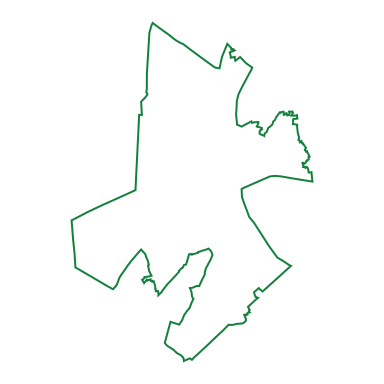 outline of Gwale, Kano, Nigeria
{"feature_id": "59680162B24203265637376", "entity_name": "Gwale", "entity_type": "district", "adm_level": 2, "iso_a3": "NGA", "parent_name": "Nigeria", "parent_adm1": "Kano", "projection": "robinson", "projection_center": [8.494, 11.979], "detail": "fine", "context": "isolated", "style": "outline", "palette": "green", "viewbox_px": 384, "rotation_deg": 0, "n_neighbors": 0, "source": "geoboundaries", "source_scale": "gbopen_adm2", "svg_char_len": 5933}
<svg xmlns="http://www.w3.org/2000/svg" viewBox="0 0 384 384"><path d="M283.6,111.8L282.4,111.8L280.9,112.2L280.2,113.0L279.7,112.5L278.7,113.7L277.6,115.3L276.0,117.5L275.2,119.6L274.9,120.1L273.2,121.5L272.7,123.5L272.3,124.3L271.8,125.0L269.6,127.0L268.5,127.6L268.3,128.1L268.0,128.5L267.9,128.9L266.7,132.0L265.5,132.9L264.7,133.4L264.4,135.0L264.2,135.9L263.8,135.6L262.9,135.3L261.6,134.8L260.5,134.2L259.6,133.7L259.7,131.0L260.4,130.8L260.5,130.0L262.0,129.2L261.7,127.8L260.6,127.6L258.8,127.0L257.3,126.8L256.8,126.5L257.8,124.5L258.4,122.5L258.4,122.1L257.4,122.1L254.9,122.2L253.1,122.6L252.1,122.9L251.4,121.4L250.1,122.0L248.8,122.9L245.7,124.3L241.7,126.6L237.1,124.7L236.1,114.7L236.6,107.0L236.8,101.1L238.5,94.2L241.4,88.3L248.1,75.7L248.8,74.2L250.1,72.0L251.6,69.6L251.7,68.3L252.2,67.5L250.3,66.2L246.3,63.4L242.0,59.0L240.7,57.6L240.1,57.0L235.4,60.8L234.8,58.8L234.7,56.9L230.7,57.7L230.7,55.8L229.7,52.4L234.7,50.4L233.1,49.0L231.2,49.4L231.1,47.7L229.4,46.1L227.3,43.9L222.0,56.8L219.5,68.3L215.1,67.6L205.7,60.9L188.3,48.0L187.0,46.9L184.7,45.3L183.3,44.1L180.4,42.9L177.0,41.0L173.1,38.3L172.3,37.5L171.4,36.7L171.1,36.5L170.5,36.2L169.6,35.3L158.0,27.0L152.7,23.0L151.4,25.6L149.4,32.8L146.9,73.3L146.8,89.3L146.7,89.5L146.3,92.3L146.6,92.9L147.2,93.4L147.3,94.9L145.8,96.8L143.7,99.1L141.1,101.8L141.9,114.9L139.2,114.8L139.1,116.3L135.7,185.3L135.5,190.1L123.9,195.4L111.5,201.0L109.5,201.9L101.9,205.3L91.1,210.4L87.5,212.1L71.6,220.4L73.1,239.4L74.5,253.2L75.1,261.8L75.4,267.4L87.1,274.2L107.7,286.3L113.0,289.2L114.4,287.7L115.6,286.4L117.0,284.3L119.3,278.0L120.9,275.3L126.4,267.6L127.9,265.2L129.3,263.5L132.5,259.4L133.8,257.9L134.9,256.7L136.2,255.1L140.4,250.3L141.1,249.5L142.2,250.7L143.3,252.0L144.1,252.8L144.9,253.6L145.5,254.7L145.9,256.1L146.6,258.1L147.4,259.6L147.9,261.2L148.4,263.0L148.9,264.8L148.0,265.6L148.4,266.9L149.1,270.9L149.9,272.6L151.5,275.7L149.1,276.4L144.4,277.1L144.5,278.1L142.1,279.8L144.1,283.1L146.8,279.7L147.2,280.6L150.5,279.3L150.7,280.8L152.3,280.8L152.2,281.4L152.6,281.4L152.7,281.7L153.8,281.4L154.4,283.5L154.9,285.2L155.2,285.9L155.2,286.7L155.2,287.3L155.3,289.1L155.6,289.1L155.8,291.3L158.0,291.0L158.2,292.5L158.4,293.2L158.4,294.0L158.4,294.6L158.4,295.2L159.7,293.9L162.1,291.5L162.2,290.9L162.7,290.3L167.6,283.9L168.8,282.8L175.3,275.9L179.1,271.6L178.9,270.9L179.9,270.0L181.7,268.0L182.5,267.9L184.1,264.9L186.1,264.5L189.1,254.2L190.0,254.1L190.9,254.4L191.8,253.9L192.1,254.6L193.5,254.1L198.1,252.7L198.0,252.1L200.6,251.3L203.1,250.4L205.9,249.7L208.4,248.6L210.5,250.4L211.3,251.8L212.5,254.9L211.0,258.7L210.1,260.6L208.6,263.2L207.6,265.3L205.9,268.4L204.8,272.1L204.8,273.7L204.4,275.2L202.3,279.2L199.2,286.0L196.4,286.0L193.5,287.4L191.8,287.9L189.9,288.1L191.1,291.0L191.6,292.5L191.5,292.9L191.8,294.2L191.8,295.2L192.7,298.2L193.5,298.9L193.2,299.4L191.3,303.3L190.9,304.6L190.6,305.4L190.2,306.1L189.9,307.3L189.2,308.5L188.4,309.3L187.6,310.3L186.5,311.7L185.2,313.6L184.4,314.7L183.5,316.7L182.1,320.2L179.2,324.6L170.5,321.8L169.2,326.6L164.8,342.8L166.2,344.8L167.7,346.1L173.3,349.6L176.8,353.0L179.9,354.7L181.0,355.4L183.1,357.4L183.6,358.8L183.9,361.0L189.8,358.3L191.9,359.8L194.2,357.3L199.2,352.8L204.4,348.0L209.0,343.7L212.2,340.6L216.1,336.9L223.5,330.0L228.6,324.7L229.5,324.9L230.9,324.9L231.9,324.9L233.3,324.8L234.5,324.4L235.8,324.2L237.0,323.8L238.5,323.8L239.6,323.7L240.8,323.6L241.9,323.4L243.0,323.3L243.9,322.6L244.5,322.1L245.3,321.4L246.0,320.6L245.8,318.5L244.2,314.9L245.1,314.5L245.8,315.2L247.5,314.5L247.2,313.8L247.4,313.6L247.5,313.0L249.5,312.4L249.1,312.1L248.9,311.8L248.9,311.4L248.8,311.1L249.5,310.6L249.2,309.9L249.5,309.5L248.9,308.7L248.7,308.1L248.0,306.8L255.4,300.0L258.0,297.8L255.4,296.8L254.9,295.4L254.0,292.2L258.8,288.1L259.8,289.2L262.6,291.5L290.8,266.0L290.9,265.9L288.9,264.9L284.1,261.6L277.3,257.5L269.1,246.2L260.6,233.0L254.1,222.9L249.1,216.8L246.9,210.5L246.6,209.8L244.2,203.5L242.0,197.2L241.6,189.1L243.8,187.8L249.6,185.3L261.0,180.3L270.0,176.4L274.9,175.9L281.0,176.4L286.8,177.4L293.7,178.6L299.4,179.5L312.4,181.6L311.6,173.9L311.5,172.2L310.1,172.5L309.5,172.5L308.6,172.4L308.6,171.3L307.7,167.9L307.5,167.7L307.3,167.7L307.0,167.4L306.8,167.0L306.7,166.8L306.4,166.9L306.3,167.0L305.8,167.4L305.4,167.8L305.1,167.3L304.9,167.0L304.6,166.9L304.5,167.0L304.3,167.1L303.9,167.2L303.6,167.1L303.1,167.0L303.6,166.1L302.8,164.5L302.5,162.9L303.2,162.8L303.6,164.1L304.5,163.5L305.1,163.3L305.6,162.3L305.9,162.3L306.3,161.4L306.6,160.6L307.4,160.1L307.7,160.4L308.8,159.1L308.5,157.3L309.6,156.8L309.2,155.6L308.8,155.5L308.5,154.2L307.7,153.1L307.0,151.2L306.1,151.7L305.7,150.9L305.3,150.6L304.9,150.0L305.0,149.3L305.7,148.7L305.9,148.2L305.9,147.8L305.7,147.4L305.3,146.9L304.6,146.0L304.1,145.3L303.6,144.3L303.4,144.0L302.9,144.0L302.8,143.4L302.6,143.0L301.9,142.9L301.8,141.9L301.5,141.2L300.9,141.8L300.7,141.9L300.7,142.1L299.9,142.4L299.4,140.5L299.1,139.5L298.6,139.6L298.9,138.1L299.0,137.5L298.8,136.4L298.4,135.1L297.9,133.5L297.2,128.0L297.1,127.1L297.1,125.4L297.2,124.7L293.8,124.1L293.2,124.1L292.9,124.1L292.9,123.6L293.1,122.8L293.1,122.5L293.1,122.2L293.2,121.0L293.1,120.8L293.0,120.4L293.1,119.9L293.2,119.5L293.2,119.3L293.3,119.1L294.3,118.9L294.9,118.9L295.5,118.9L295.9,118.8L296.7,118.7L296.8,118.4L297.4,118.4L297.2,117.3L297.0,116.2L296.9,115.1L296.0,115.5L295.7,115.5L294.9,115.7L294.0,115.5L293.1,115.7L292.5,115.7L291.5,115.7L291.9,115.1L292.2,114.2L292.4,113.8L292.7,113.1L293.0,112.9L292.8,112.6L292.5,112.0L292.5,111.8L292.4,111.8L292.3,111.6L291.6,111.7L289.1,111.6L289.2,112.3L289.5,113.4L289.4,114.0L289.3,114.9L289.1,114.9L289.1,115.0L288.2,115.0L287.8,115.2L287.3,115.4L287.2,115.1L286.9,114.6L286.7,114.0L286.8,113.9L286.6,113.2L285.7,113.4L285.2,113.8L284.9,114.3L284.8,114.5L284.5,114.5L284.0,115.0L283.6,114.6L283.7,113.8L283.8,113.3L283.6,112.4L283.6,111.8Z" fill="none" stroke="#15803d" stroke-width="2"/></svg>